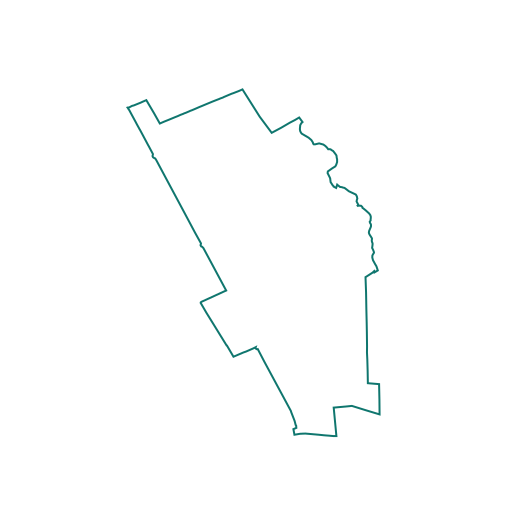 Berceni, Ilfov, Romania (Natural Earth projection), rotated 206°
{"feature_id": "2599482B94303323643725", "entity_name": "Berceni", "entity_type": "district", "adm_level": 2, "iso_a3": "ROU", "parent_name": "Romania", "parent_adm1": "Ilfov", "projection": "natural_earth1", "projection_center": [26.206, 44.313], "detail": "fine", "context": "isolated", "style": "outline", "palette": "teal", "viewbox_px": 512, "rotation_deg": 206, "n_neighbors": 0, "source": "geoboundaries", "source_scale": "gbopen_adm2", "svg_char_len": 3581}
<svg xmlns="http://www.w3.org/2000/svg" viewBox="0 0 512 512"><g transform="rotate(206 256 256)"><path d="M341.2,399.8L343.2,397.4L344.8,395.6L345.4,395.0L347.6,392.6L349.1,391.1L351.2,388.7L353.7,385.8L354.5,384.9L355.3,383.8L356.3,382.8L357.0,382.1L358.1,380.8L359.7,379.1L362.9,375.6L365.9,372.2L367.5,370.4L370.4,367.1L372.1,365.2L373.8,363.2L375.6,361.1L377.6,358.8L378.7,357.7L379.4,356.8L381.9,353.9L382.7,353.1L382.9,352.9L383.1,352.7L383.7,351.9L385.7,349.8L387.6,347.5L389.7,345.2L391.1,343.6L394.2,340.1L397.2,336.8L399.6,334.0L400.4,333.0L400.5,332.9L410.2,339.6L422.9,348.0L425.4,345.1L427.1,343.0L427.3,342.8L431.9,337.7L433.1,336.7L433.3,336.5L434.8,334.4L435.4,333.7L436.4,333.2L436.5,333.1L435.6,332.6L435.4,332.4L433.8,331.5L430.2,328.9L422.5,323.4L421.3,322.5L418.9,320.8L416.6,319.2L416.4,319.0L415.7,318.6L412.5,316.3L401.2,308.1L400.7,307.8L395.6,304.1L393.4,302.5L393.1,301.9L392.9,300.7L392.6,300.2L391.8,299.6L390.2,299.4L389.4,299.5L388.5,299.0L387.3,298.2L373.2,288.0L338.6,263.0L321.1,250.3L311.1,243.3L310.8,242.9L310.7,241.8L310.6,241.4L310.1,241.0L309.4,240.6L309.0,240.7L308.5,240.7L307.4,240.3L306.8,240.1L267.7,211.9L284.7,191.2L285.3,190.2L285.2,189.6L275.8,183.3L264.7,176.3L253.8,169.4L243.2,162.7L242.9,162.8L232.1,155.6L225.0,163.8L223.1,165.7L217.9,171.8L216.3,173.9L216.2,173.2L216.1,172.9L215.5,172.7L214.8,172.6L214.3,172.6L213.9,172.8L213.6,173.1L202.1,164.6L156.7,132.0L155.9,131.1L149.0,124.7L148.7,124.3L148.3,123.9L146.3,121.5L145.6,121.2L144.4,119.2L146.5,116.8L143.1,112.2L138.5,115.5L133.9,118.0L128.7,120.0L124.8,121.5L121.4,122.8L115.7,124.9L111.7,126.5L110.6,126.9L108.8,127.6L107.2,128.2L104.8,129.4L119.7,153.8L109.1,160.2L104.1,163.3L89.8,165.5L75.5,167.8L82.1,181.0L89.2,194.8L99.7,190.7L105.2,201.5L110.6,211.8L114.0,218.0L116.5,223.3L122.9,236.0L127.4,244.8L133.2,256.0L141.0,271.3L148.3,285.0L143.9,292.2L143.1,294.4L142.5,294.0L142.2,293.4L140.2,296.4L142.8,299.1L143.6,299.8L145.2,300.8L149.0,303.5L150.8,305.6L151.6,307.4L151.6,308.7L151.5,309.5L151.4,310.7L152.0,311.5L153.5,312.9L155.2,314.2L155.5,315.2L155.9,316.4L156.5,318.0L157.0,318.7L157.9,319.5L158.6,320.4L159.0,321.3L159.1,321.8L159.4,322.5L159.7,322.8L161.1,323.7L163.1,324.9L163.9,325.5L164.5,326.1L164.8,326.5L165.0,327.1L165.3,328.1L165.4,329.7L165.5,331.8L165.6,332.8L165.9,333.6L166.3,334.3L166.6,334.8L167.3,335.3L168.1,335.8L168.8,336.6L168.6,337.9L168.6,338.3L169.0,339.0L169.5,340.5L170.1,341.7L171.1,342.8L172.9,343.8L174.6,344.3L177.7,345.2L179.1,345.5L180.3,345.8L181.3,345.9L181.8,346.5L182.0,346.7L183.6,347.2L186.0,346.2L186.4,345.7L186.7,345.8L186.4,346.4L186.3,346.7L189.5,349.1L190.0,350.8L190.1,352.0L191.5,353.8L192.9,354.8L193.3,355.0L200.9,354.9L203.2,355.4L206.3,356.0L207.9,355.6L208.5,355.6L209.7,355.3L210.7,354.9L214.0,355.6L214.3,355.7L213.8,352.3L216.6,352.4L216.8,352.7L218.0,353.1L221.3,355.1L223.0,357.7L223.3,358.2L224.2,359.0L228.0,361.9L228.5,363.5L226.0,368.1L224.0,371.3L223.9,373.2L224.3,376.1L224.6,376.6L225.4,378.3L226.1,379.2L226.6,379.8L226.9,380.3L227.6,381.4L227.9,381.7L228.6,382.1L229.7,382.7L230.9,383.3L232.3,384.0L232.8,384.2L233.1,384.2L234.6,384.3L235.1,384.5L235.3,384.5L235.6,384.5L236.0,384.5L236.3,384.4L236.6,384.3L237.0,384.1L237.9,383.6L238.3,383.8L239.6,384.5L241.9,385.3L244.3,385.7L248.6,384.9L251.8,382.3L253.0,381.7L253.8,382.0L254.7,383.0L257.1,384.5L260.6,385.4L268.5,386.0L269.7,386.6L271.1,387.7L272.2,389.3L273.6,393.0L273.5,395.2L272.9,396.8L277.9,399.4L280.6,395.3L284.0,390.7L289.6,382.3L295.9,373.6L313.7,382.8L341.2,399.8Z" fill="none" stroke="#0f766e" stroke-width="2"/></g></svg>